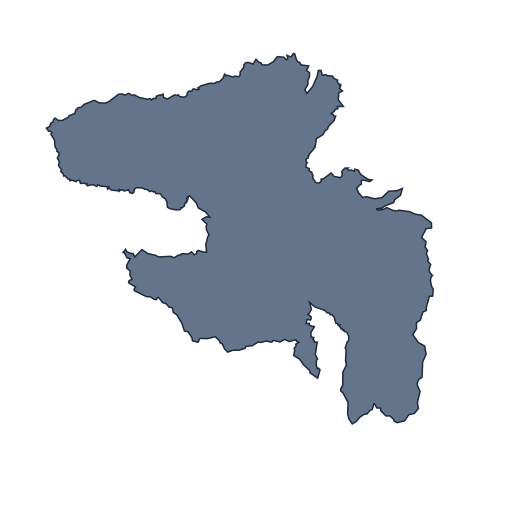 Quito, Pichincha, Ecuador, rotated 348°
{"feature_id": "8360857B23484517950931", "entity_name": "Quito", "entity_type": "district", "adm_level": 2, "iso_a3": "ECU", "parent_name": "Ecuador", "parent_adm1": "Pichincha", "projection": "albers", "projection_center": [-78.517, -0.167], "detail": "fine", "context": "isolated", "style": "filled", "palette": "slate", "viewbox_px": 512, "rotation_deg": 348, "n_neighbors": 0, "source": "geoboundaries", "source_scale": "gbopen_adm2", "svg_char_len": 6032}
<svg xmlns="http://www.w3.org/2000/svg" viewBox="0 0 512 512"><g transform="rotate(348 256 256)"><path d="M402.0,387.4L402.2,379.0L396.8,374.4L393.1,365.6L398.0,360.3L399.0,354.7L403.5,352.8L407.4,345.7L411.4,344.6L411.8,341.8L417.3,331.4L420.5,332.0L422.4,325.4L421.4,321.7L421.6,315.8L423.1,312.7L424.6,311.9L422.5,307.9L422.5,305.2L425.1,300.6L422.8,296.7L424.0,295.1L423.1,289.0L425.0,286.3L423.3,282.6L425.3,277.4L421.8,272.3L428.2,264.6L433.6,265.1L434.5,260.1L426.1,250.3L420.6,248.3L415.4,244.6L405.1,240.8L403.1,241.4L399.1,239.7L393.8,235.7L391.5,236.7L386.3,236.8L383.7,235.7L383.8,234.9L389.0,235.3L393.0,233.7L401.7,232.4L403.4,229.7L409.8,226.8L413.2,220.4L407.5,221.5L399.2,220.2L391.4,225.1L383.9,224.7L376.5,221.0L372.4,220.9L369.7,215.9L368.4,210.8L371.7,208.3L373.9,207.8L374.7,204.1L376.9,204.0L382.6,206.9L385.3,205.7L381.5,204.3L375.3,197.9L373.9,193.3L370.8,191.6L369.6,193.5L367.1,191.7L364.5,191.5L363.4,189.7L364.4,189.1L361.2,188.5L357.6,191.0L357.1,195.0L355.0,196.9L348.9,194.4L346.8,190.4L337.9,194.6L335.7,194.3L335.7,195.6L333.4,197.7L331.2,197.4L329.5,196.1L327.7,191.5L328.5,189.1L327.7,185.4L325.6,183.7L326.2,181.6L323.4,179.4L324.0,176.7L325.6,175.5L324.6,174.4L325.1,171.5L327.1,171.2L329.1,167.6L336.3,162.1L339.5,153.8L346.7,151.2L349.6,147.9L352.5,146.6L353.8,144.3L360.4,139.9L363.0,135.8L361.6,135.5L360.6,133.2L359.1,132.7L359.4,131.9L362.9,130.7L363.7,129.2L366.8,128.9L366.6,126.7L372.6,127.9L368.9,120.3L371.0,113.6L374.9,112.5L372.5,109.5L373.7,108.0L373.3,106.7L374.4,106.8L374.5,105.8L372.4,104.6L371.8,102.1L372.5,101.0L369.4,98.7L368.1,95.8L363.5,94.6L362.3,93.3L358.4,92.8L358.2,88.0L355.6,87.5L353.1,93.0L346.7,102.0L339.6,107.5L338.3,103.5L342.4,99.0L343.3,95.2L345.6,91.7L346.5,87.7L343.9,85.0L347.1,81.1L339.8,78.4L339.0,75.7L337.5,75.0L336.4,72.7L335.8,66.1L334.7,65.7L331.6,68.6L328.0,66.2L328.2,69.3L326.3,70.4L324.8,67.4L318.4,65.4L313.2,69.6L307.3,71.6L301.8,70.4L300.9,68.0L299.0,66.9L296.9,63.6L293.0,67.6L289.1,65.2L286.2,64.7L283.8,66.6L283.2,69.0L278.7,72.7L278.0,76.0L276.3,77.0L272.4,75.6L270.5,76.1L265.2,73.1L264.3,73.6L263.0,71.6L260.9,75.0L256.7,77.8L253.2,77.7L251.3,78.6L246.9,77.4L237.5,78.1L234.1,79.5L235.1,81.0L233.8,81.3L229.3,79.5L227.5,81.2L224.3,80.8L222.3,82.8L222.2,84.3L219.2,85.8L214.5,84.3L213.6,82.2L211.3,82.4L210.1,81.4L202.0,84.0L198.7,81.8L198.7,78.2L197.2,79.1L195.8,78.4L191.7,79.0L190.9,81.1L188.3,80.5L186.3,81.8L185.4,80.1L182.3,80.0L174.7,76.7L170.5,73.1L167.7,73.0L165.7,70.5L160.9,71.4L159.0,69.7L155.3,69.2L143.8,74.5L140.1,75.1L134.7,73.7L130.1,70.1L119.6,71.9L116.0,74.2L112.8,73.9L110.0,75.9L108.4,78.9L102.2,79.9L101.7,81.1L94.8,83.1L91.0,82.4L88.1,79.3L86.2,80.5L85.3,82.7L82.8,83.5L81.2,86.3L77.5,87.4L79.2,90.9L80.4,90.8L82.0,92.7L80.7,94.1L83.0,100.8L82.2,107.7L83.6,111.1L82.9,112.2L84.7,114.0L84.2,116.4L82.1,118.6L83.2,123.2L81.6,126.3L83.6,131.1L82.6,132.8L84.5,135.8L84.5,137.8L85.9,137.8L88.2,141.7L89.6,142.2L89.5,143.8L91.9,143.5L95.3,145.9L96.6,145.0L99.2,145.3L99.3,148.5L103.6,149.1L104.8,150.7L105.7,150.1L105.6,152.2L111.3,152.3L114.9,154.9L115.7,153.7L117.2,153.9L118.2,155.2L125.2,157.4L124.9,158.3L126.2,157.8L125.2,159.6L126.3,159.2L128.4,161.5L134.8,163.6L135.6,162.7L135.7,164.2L136.9,163.3L140.0,163.8L140.5,165.0L145.2,164.8L145.8,168.0L148.1,169.1L148.9,168.0L149.7,168.5L150.7,165.5L153.2,164.3L159.7,166.1L160.9,167.6L163.5,168.3L165.3,170.9L167.3,170.4L169.1,172.1L170.3,171.9L171.0,174.1L175.4,175.2L176.9,179.1L179.1,181.1L180.1,184.6L179.5,189.7L181.1,191.5L187.6,194.4L191.7,194.8L192.5,193.2L193.6,193.6L196.4,192.1L197.3,189.7L199.3,189.2L199.2,187.5L199.6,188.3L200.4,187.5L200.3,186.0L200.8,186.7L202.0,184.5L201.5,183.8L203.6,183.4L208.5,191.4L209.6,197.1L215.9,202.5L218.9,208.5L215.6,207.3L210.7,209.0L214.6,214.5L213.3,216.9L213.0,220.3L214.5,226.1L213.0,226.8L209.2,234.5L208.5,241.8L205.8,241.5L200.7,238.5L199.1,239.1L198.3,241.3L195.7,241.9L193.7,238.5L190.4,240.0L183.6,238.3L182.3,239.3L180.4,238.9L175.7,240.7L172.2,238.5L160.7,236.7L157.3,234.1L150.8,231.2L145.7,226.0L137.3,231.7L136.3,228.0L133.9,227.5L130.4,224.7L129.8,222.3L126.7,225.0L128.0,225.7L129.4,231.0L132.4,232.5L127.8,237.8L127.0,241.0L129.8,244.3L128.7,248.6L129.9,252.9L126.6,253.8L125.8,255.7L131.7,261.3L129.9,263.1L129.7,264.6L140.3,272.9L144.2,274.0L147.4,277.3L149.6,278.0L151.0,276.2L152.2,276.5L155.0,282.2L158.2,284.0L160.4,288.0L163.4,289.2L163.4,294.1L166.3,297.0L169.6,306.8L170.4,314.5L173.9,316.2L176.4,322.7L176.2,325.7L181.2,328.3L184.2,324.9L191.1,326.7L199.3,326.5L202.3,330.8L202.9,333.5L204.8,334.9L205.9,340.3L208.4,344.2L213.7,343.4L219.9,344.6L226.0,344.1L227.5,342.3L233.7,343.0L240.1,340.6L242.9,341.6L248.1,341.3L253.5,343.6L255.5,342.1L261.4,345.0L266.7,343.6L270.8,346.6L277.7,346.2L277.9,347.8L279.9,349.4L276.5,350.5L276.7,352.0L274.1,354.4L274.3,356.2L272.2,361.2L277.3,366.1L279.8,372.2L284.6,379.0L284.6,381.6L290.9,388.3L295.0,380.7L293.9,378.7L292.5,379.1L292.3,375.0L293.4,370.8L294.8,369.6L293.5,364.7L298.0,353.0L295.3,352.3L295.3,350.4L294.3,349.6L295.6,347.7L293.0,346.7L293.9,342.2L298.4,337.2L294.6,335.5L293.8,334.7L294.2,333.0L291.0,332.5L292.6,328.7L296.0,330.0L296.7,329.1L297.3,326.9L294.5,323.8L295.9,323.4L299.2,319.6L298.7,312.4L302.7,317.8L312.1,323.6L313.7,326.4L315.7,327.0L316.4,329.0L318.2,329.3L319.8,332.4L320.1,338.3L322.0,339.4L321.8,340.6L323.8,340.8L322.9,342.3L324.1,343.7L324.0,345.2L325.1,345.0L325.7,346.7L326.6,346.5L326.5,348.0L329.0,349.4L330.1,353.8L328.9,358.1L327.3,359.0L324.1,364.6L324.6,366.6L321.8,377.0L321.8,381.4L316.8,387.7L314.0,400.4L311.2,403.7L310.9,406.0L312.4,407.5L315.6,418.4L312.8,429.4L313.0,434.6L315.2,440.3L319.4,438.8L324.5,435.1L328.7,433.4L331.8,433.6L335.2,430.8L337.9,430.3L340.4,425.1L341.6,425.9L342.5,429.7L346.3,430.8L345.9,433.3L349.2,438.6L350.4,439.7L353.7,440.2L356.6,444.3L356.9,446.4L359.4,448.4L367.3,448.1L372.4,443.0L378.2,442.9L383.2,438.9L383.3,433.2L388.3,422.6L386.9,415.9L387.5,413.4L389.6,410.6L393.2,409.1L397.0,394.3L402.0,387.4Z" fill="#64748b" stroke="#1e293b" stroke-width="1.5"/></g></svg>